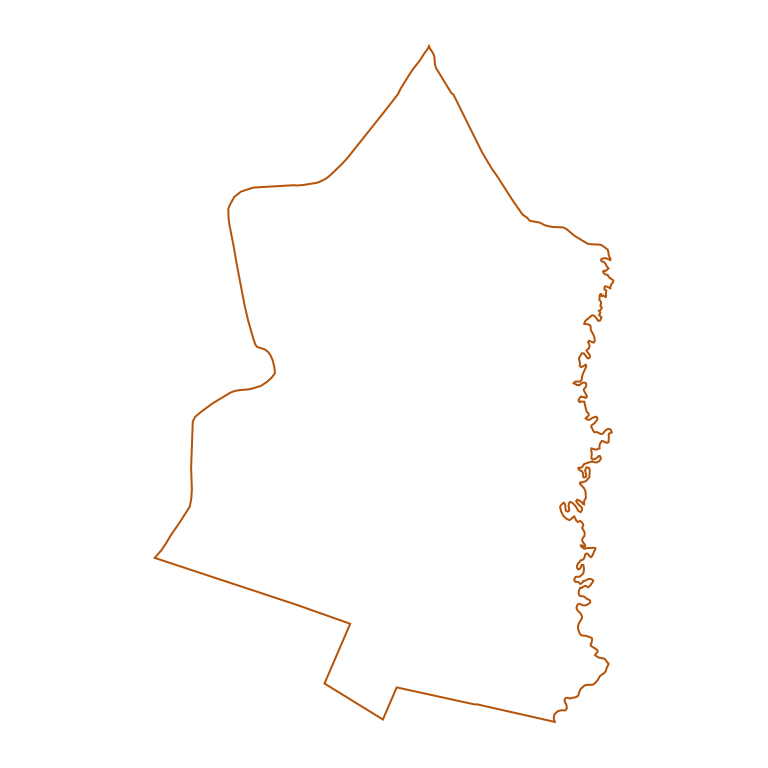 Phnum Srok, Bântéay Méanchey, Cambodia
{"feature_id": "14789045B65441880035509", "entity_name": "Phnum Srok", "entity_type": "district", "adm_level": 2, "iso_a3": "KHM", "parent_name": "Cambodia", "parent_adm1": "Bântéay Méanchey", "projection": "robinson", "projection_center": [103.399, 13.843], "detail": "fine", "context": "isolated", "style": "outline", "palette": "amber", "viewbox_px": 768, "rotation_deg": 0, "n_neighbors": 0, "source": "geoboundaries", "source_scale": "gbopen_adm2", "svg_char_len": 6112}
<svg xmlns="http://www.w3.org/2000/svg" viewBox="0 0 768 768"><path d="M608.5,252.6L607.6,249.5L601.9,245.3L599.4,244.6L591.4,244.3L587.8,243.8L574.3,235.7L566.6,229.1L563.1,227.4L553.3,227.0L549.4,226.4L544.8,225.2L539.8,222.6L530.0,220.9L527.2,217.8L522.5,214.5L513.0,200.9L496.6,175.4L491.7,168.5L482.1,152.4L453.6,94.9L451.2,92.8L436.1,68.1L435.1,65.2L434.2,55.9L432.4,52.1L429.8,48.4L429.0,46.1L427.5,49.2L424.8,52.7L419.7,60.7L413.2,68.8L409.5,74.4L400.7,88.5L398.0,94.1L384.7,111.2L347.5,157.9L342.3,163.6L330.5,175.0L326.4,178.4L320.6,181.4L316.7,182.8L303.8,184.9L297.1,185.5L293.7,185.2L253.1,187.6L241.0,191.6L234.1,197.1L229.7,205.1L228.3,209.0L228.6,218.5L229.6,225.7L233.6,246.0L236.5,262.8L244.6,305.4L248.1,320.4L253.7,340.0L255.7,345.2L257.3,347.0L264.3,349.2L268.1,351.9L270.4,355.2L272.7,360.3L274.5,367.8L274.9,373.3L271.4,377.9L266.7,382.1L260.7,386.0L249.9,389.2L238.2,390.3L234.2,391.2L230.6,392.5L212.4,403.5L201.8,411.3L195.3,416.7L192.8,421.4L191.1,467.9L191.9,489.2L191.3,498.6L189.7,506.8L179.1,523.3L170.2,536.2L166.2,543.1L161.2,550.5L154.7,557.9L296.9,604.9L350.2,623.8L324.5,683.5L382.9,719.5L396.7,687.4L474.5,704.4L476.9,704.3L554.8,721.9L553.8,718.6L553.8,716.9L554.7,714.0L557.8,711.2L561.0,710.3L565.4,710.4L566.8,708.3L566.5,705.2L566.0,703.8L565.0,702.5L564.6,700.8L564.8,699.1L566.0,697.9L568.1,697.8L569.6,698.5L576.0,697.1L578.1,695.8L579.7,690.8L580.9,688.7L583.5,686.3L584.8,685.4L586.8,684.9L592.9,684.7L595.3,682.9L597.9,679.8L600.0,676.0L604.5,672.8L605.4,671.6L606.0,670.5L606.7,667.7L608.3,664.9L608.5,663.4L607.3,662.4L605.3,659.5L604.4,658.7L598.9,657.6L595.8,655.8L595.0,654.9L597.7,651.7L597.5,650.4L596.3,649.3L590.9,645.9L590.6,644.7L591.2,643.6L592.1,640.0L592.1,638.7L591.5,637.8L586.0,635.8L581.8,635.4L580.6,634.7L579.4,632.7L578.2,629.4L578.0,626.4L578.9,623.2L581.9,618.4L582.1,617.0L580.9,613.8L577.4,610.2L576.7,608.8L576.5,607.7L577.3,605.2L578.3,604.1L579.3,603.7L582.9,605.3L585.6,605.3L588.8,603.8L590.3,602.3L590.2,601.0L589.4,599.9L586.4,598.6L584.3,596.7L582.3,596.1L580.4,596.1L579.3,595.2L578.6,593.4L579.0,590.4L580.2,587.8L581.4,588.0L584.4,586.1L585.3,585.8L588.3,587.3L590.6,585.0L592.8,581.8L593.2,580.5L592.1,579.5L590.2,578.9L588.5,579.0L584.9,580.8L583.5,581.0L581.5,583.5L579.9,583.8L579.1,582.7L578.3,582.2L577.1,581.7L575.8,581.9L574.6,581.1L574.2,579.8L575.0,577.9L575.7,576.8L579.7,576.7L582.8,574.0L583.7,571.9L584.0,568.6L583.3,565.0L581.8,564.9L580.3,568.3L579.0,569.2L578.0,569.3L577.4,568.5L576.8,566.1L578.1,563.4L579.7,561.9L580.3,560.6L583.5,559.3L584.9,556.4L585.1,554.7L586.2,553.6L587.1,553.5L588.4,554.5L588.8,555.5L591.0,557.2L592.1,556.1L593.5,553.1L593.9,551.6L595.2,549.7L595.4,548.2L594.1,547.8L587.0,548.1L584.3,548.8L581.1,546.4L580.8,545.4L581.8,545.3L584.8,546.5L585.2,545.5L584.3,543.7L583.4,543.0L582.1,540.4L582.3,539.0L584.5,535.7L584.7,533.2L584.2,531.5L582.1,528.0L583.3,525.4L583.0,524.1L581.3,521.6L579.7,520.9L578.9,521.7L577.6,521.9L576.2,520.4L574.3,516.5L572.9,517.2L570.9,519.3L569.1,520.1L568.1,519.4L567.1,519.2L564.0,516.6L562.7,514.7L560.9,511.0L560.8,509.4L560.2,508.2L560.2,506.7L560.6,505.7L561.7,504.4L563.7,502.7L564.6,503.5L565.1,504.4L565.8,510.5L567.2,511.5L568.1,511.5L569.0,510.8L569.2,509.7L568.9,507.1L568.5,505.9L568.8,504.5L569.3,502.7L570.2,501.9L572.5,502.9L574.7,505.1L576.1,506.9L578.2,510.8L580.5,512.1L581.3,511.4L582.1,509.1L581.9,507.6L577.9,503.8L576.1,501.1L577.2,499.7L578.4,500.1L581.6,502.0L583.2,504.1L584.1,504.4L584.1,501.4L584.6,500.0L585.9,497.9L585.5,491.4L584.1,488.3L580.0,483.9L580.1,482.5L582.3,482.4L586.1,481.0L588.4,478.2L589.3,477.5L589.8,470.6L589.1,468.0L586.4,467.4L585.1,470.4L586.3,475.6L585.7,477.1L584.0,477.5L583.1,476.7L583.1,474.0L582.8,472.8L581.6,470.9L579.6,470.3L578.8,469.5L578.3,468.0L579.6,467.6L581.0,467.8L582.2,466.9L584.1,464.1L589.6,462.1L591.9,461.6L596.3,462.6L599.5,461.0L601.0,458.2L599.8,456.0L598.6,456.1L598.0,457.0L595.8,458.6L592.7,459.5L591.7,458.8L591.4,457.3L591.8,453.9L591.2,449.5L591.4,448.4L596.1,449.7L599.6,448.4L599.4,445.7L600.4,443.0L601.8,441.0L603.0,441.1L604.2,441.9L607.0,442.8L608.5,442.3L608.8,439.0L608.7,434.6L609.1,433.5L610.5,433.2L611.8,432.3L610.6,429.5L608.4,428.9L606.0,429.8L602.6,433.8L600.9,434.1L597.4,432.3L596.1,432.1L594.5,432.3L593.6,431.4L591.2,426.7L591.5,425.4L594.5,423.2L597.0,420.1L597.5,418.4L596.4,416.8L595.0,416.9L592.0,418.1L589.6,419.7L588.6,419.9L587.1,419.4L585.6,418.4L586.5,417.2L587.8,416.5L588.7,415.4L588.5,413.4L587.1,412.2L586.2,410.3L584.3,401.7L580.7,401.5L579.8,402.1L578.8,401.4L578.6,399.9L579.9,397.8L581.1,396.5L582.8,397.1L584.5,397.1L585.4,397.9L586.6,397.4L586.9,396.1L583.8,390.3L584.0,388.9L586.0,386.8L586.3,385.5L586.1,384.0L585.7,383.0L584.6,382.6L583.2,382.6L582.0,383.1L579.2,385.3L578.2,384.9L576.8,385.1L576.1,384.4L573.6,383.3L574.5,382.0L576.0,381.5L580.2,381.6L581.5,380.1L582.0,378.1L582.0,376.7L583.2,373.1L586.1,366.9L586.2,365.5L585.6,364.7L583.5,366.1L581.0,367.1L579.6,365.8L580.1,363.2L579.1,359.6L579.0,358.4L579.6,356.9L581.9,353.3L583.7,353.3L587.6,358.3L589.2,358.1L589.9,356.9L590.1,355.7L586.5,350.6L589.0,348.1L589.6,346.2L589.1,344.2L588.1,342.1L589.0,340.8L593.6,342.6L594.7,341.1L594.5,337.6L593.4,334.7L590.8,330.2L590.6,326.2L589.8,325.1L587.9,324.3L584.3,324.0L584.5,322.6L585.2,321.2L586.8,319.5L589.9,317.2L591.0,316.0L592.4,315.2L594.2,315.8L595.0,316.5L598.2,320.7L599.5,320.8L600.3,320.3L601.4,317.4L600.1,315.8L599.1,315.2L600.4,312.5L599.0,310.9L599.9,310.5L601.3,308.9L601.8,307.4L600.7,306.6L600.4,305.3L601.0,304.2L601.0,301.8L599.4,299.8L599.6,295.9L600.3,294.2L601.2,294.1L600.8,295.7L602.2,296.2L603.2,295.5L605.7,297.1L606.2,295.9L605.9,294.4L605.9,292.3L606.4,291.0L605.7,289.9L604.5,289.5L604.5,287.2L605.1,286.4L607.0,286.6L610.2,288.3L610.4,286.8L611.7,283.7L613.1,282.1L613.3,280.4L609.6,277.7L608.4,276.4L607.9,275.1L604.9,274.2L603.6,272.9L603.1,271.7L603.6,270.9L605.1,271.1L608.5,268.5L606.5,265.8L604.9,262.8L603.5,261.8L601.7,261.3L601.0,260.4L601.5,258.9L604.1,258.2L605.6,258.1L610.3,260.0L610.5,258.7L609.4,257.0L608.7,255.2L608.5,252.6Z" fill="none" stroke="#b45309" stroke-width="2"/></svg>